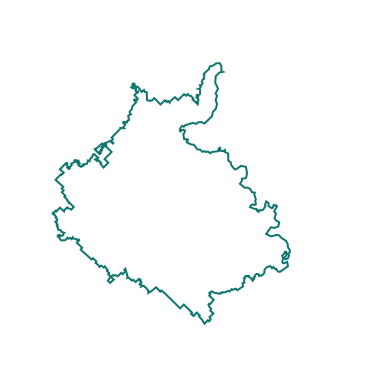 the district of Goulburn Mulwaree, New South Wales, Australia, rotated 305°
{"feature_id": "25037944B47240806764449", "entity_name": "Goulburn Mulwaree", "entity_type": "district", "adm_level": 2, "iso_a3": "AUS", "parent_name": "Australia", "parent_adm1": "New South Wales", "projection": "albers", "projection_center": [149.879, -34.902], "detail": "fine", "context": "isolated", "style": "outline", "palette": "teal", "viewbox_px": 384, "rotation_deg": 305, "n_neighbors": 0, "source": "geoboundaries", "source_scale": "gbopen_adm2", "svg_char_len": 5899}
<svg xmlns="http://www.w3.org/2000/svg" viewBox="0 0 384 384"><g transform="rotate(305 192 192)"><path d="M243.0,82.3L242.8,83.6L244.8,86.8L242.5,87.8L242.5,89.1L243.5,90.1L242.4,90.6L240.6,89.5L238.3,89.4L237.5,93.9L236.0,94.3L235.0,91.9L234.1,91.8L233.6,94.8L228.2,94.0L225.3,95.2L222.2,94.8L221.1,95.5L220.7,97.4L217.9,96.0L214.8,99.1L213.3,98.2L211.8,98.8L210.0,95.6L209.1,96.1L209.1,98.6L205.3,98.7L205.2,99.5L203.4,96.5L202.7,97.0L190.4,95.0L190.1,96.9L187.4,96.5L187.0,99.5L186.3,99.4L186.9,95.6L182.6,93.2L181.5,94.4L181.8,92.5L180.6,92.3L180.1,90.5L172.5,88.7L172.3,88.2L171.8,87.8L171.6,87.8L172.1,88.8L171.0,88.7L170.0,94.7L171.7,95.0L172.1,93.3L174.3,94.3L174.3,93.0L177.3,93.8L176.9,92.3L179.3,92.4L179.4,93.5L180.1,93.7L178.7,103.2L168.8,101.5L168.0,106.6L161.3,105.5L162.9,100.4L163.9,100.6L164.4,97.0L163.0,96.9L163.1,94.0L166.2,95.5L167.0,90.1L165.5,89.3L163.9,90.2L160.5,89.6L158.5,90.5L158.1,88.7L155.0,89.8L152.1,87.0L151.7,88.0L149.6,87.2L149.7,86.2L148.8,86.0L148.9,83.4L150.8,83.6L150.5,82.8L151.6,82.6L151.8,81.5L150.2,81.2L150.4,80.3L152.3,80.6L151.0,77.8L150.1,77.7L149.9,79.1L146.3,77.0L145.4,77.1L145.0,78.1L141.5,77.5L141.4,78.2L140.2,78.0L140.6,75.5L141.8,75.7L142.3,73.6L143.7,73.8L143.9,72.4L134.8,70.8L134.3,75.8L131.0,75.3L131.1,74.4L123.7,73.2L122.4,83.6L120.1,83.3L119.7,85.9L117.2,85.5L116.2,90.5L114.8,90.3L114.4,93.5L113.1,95.5L113.4,96.6L112.3,97.5L112.8,98.2L111.9,103.8L108.3,103.2L108.5,102.0L107.5,100.0L107.9,98.6L104.0,97.8L102.7,98.3L103.5,92.9L98.3,92.1L98.6,91.1L94.7,90.0L94.2,91.0L95.0,91.9L94.2,92.7L93.8,95.1L92.6,95.4L92.4,97.2L91.1,97.8L89.3,97.1L89.2,98.7L88.2,99.2L88.4,100.3L87.4,101.0L86.2,100.3L86.8,100.9L86.5,102.3L85.8,102.1L84.3,104.1L85.5,106.0L84.5,107.7L85.3,110.8L84.0,110.5L82.9,111.3L80.5,109.7L81.1,108.1L79.7,107.1L78.6,107.4L78.6,109.2L77.4,111.7L77.6,113.1L79.9,115.9L83.1,116.1L82.9,117.7L84.7,118.8L84.4,120.5L86.5,120.4L85.9,121.3L87.1,124.5L86.6,125.5L88.2,126.6L87.8,127.3L84.4,126.8L83.3,134.1L81.0,133.8L79.1,148.5L81.0,148.9L80.3,153.6L78.5,153.8L78.6,156.2L77.5,159.2L79.5,159.6L79.6,163.0L81.1,163.2L79.6,167.7L78.6,167.6L78.0,170.9L76.4,170.6L75.9,173.8L71.0,174.0L70.6,177.1L75.5,178.2L75.8,174.3L78.3,174.7L78.4,175.6L80.0,176.9L80.3,179.5L85.2,180.4L84.9,182.3L89.1,183.0L89.4,181.2L90.9,181.4L86.9,186.5L84.5,188.4L85.5,188.9L85.0,193.7L86.4,194.0L85.9,197.4L90.5,198.4L90.5,199.8L90.4,200.5L89.3,200.3L89.0,202.5L86.4,202.0L86.3,202.7L87.0,202.8L86.6,204.7L85.6,204.8L87.4,206.1L87.1,209.2L86.1,212.6L84.4,214.0L86.0,214.2L86.0,215.2L93.4,217.2L92.2,223.1L93.8,223.4L93.3,228.8L89.9,249.0L95.1,249.9L93.2,261.3L91.7,261.0L91.3,263.5L91.9,263.6L91.6,264.5L96.0,265.1L95.3,269.1L94.2,268.9L93.1,273.7L91.2,277.8L96.1,278.6L95.8,280.1L97.1,280.3L98.6,280.3L99.6,278.1L104.8,279.2L105.3,275.1L107.2,274.7L107.8,272.2L109.3,269.9L110.3,270.1L110.6,271.2L116.1,271.6L117.0,265.5L118.8,265.8L119.2,264.1L122.0,265.1L122.2,267.8L124.3,272.7L125.1,272.8L125.4,274.0L127.4,274.2L127.5,275.2L129.5,277.2L131.4,277.8L132.1,279.9L135.2,280.3L135.1,281.3L138.0,283.5L137.5,285.4L144.0,288.0L146.2,285.7L147.8,286.9L148.1,286.0L150.3,285.3L151.1,283.9L152.8,284.7L153.8,284.0L155.8,286.6L155.0,286.9L155.4,290.3L154.7,290.9L155.3,291.2L154.3,292.6L156.6,292.7L157.9,291.6L158.9,292.2L160.5,291.4L162.2,292.1L162.9,294.1L161.7,294.9L163.0,296.6L165.3,297.6L167.5,297.6L169.8,296.0L173.3,296.3L176.3,298.8L175.4,301.3L177.3,301.7L176.6,304.5L177.3,304.9L176.2,307.7L177.0,309.8L186.2,313.2L189.3,310.1L186.4,308.2L185.9,307.2L186.5,306.0L190.0,304.7L191.5,302.4L194.4,302.9L196.2,302.4L197.0,303.4L195.3,305.4L190.6,305.6L190.6,307.4L192.7,308.6L195.7,307.9L196.6,306.0L198.9,306.8L200.6,305.2L202.0,301.9L203.8,300.8L205.9,297.2L205.7,291.3L206.4,288.5L206.0,286.6L200.9,282.1L200.2,276.8L208.4,276.9L210.0,280.3L213.3,282.4L217.2,280.9L216.9,276.7L218.3,274.3L222.4,273.3L223.3,270.4L228.9,269.9L229.4,268.1L228.2,267.5L228.1,266.4L225.1,267.1L224.4,266.2L224.6,262.4L226.8,261.2L226.9,258.2L223.4,259.2L222.5,260.2L218.6,260.5L216.9,259.5L216.2,257.8L213.9,258.0L213.9,255.9L214.8,255.7L215.0,254.3L213.9,252.6L213.0,248.1L215.5,248.0L216.7,248.8L217.2,250.7L218.5,251.4L221.1,248.8L222.6,248.5L225.8,244.4L227.5,243.8L226.2,241.1L227.6,238.6L227.7,236.3L227.3,234.6L225.7,232.8L226.2,226.5L229.5,226.6L231.5,225.3L234.0,227.9L235.1,228.0L239.2,226.2L243.5,221.7L241.5,217.2L236.0,215.1L235.0,213.9L236.5,208.9L238.5,206.7L238.5,203.7L244.2,199.7L243.7,196.0L245.2,194.9L243.4,194.2L242.2,191.8L244.2,189.5L242.7,188.9L240.7,190.3L235.9,185.1L234.2,184.9L234.3,181.8L232.6,180.2L232.4,178.4L230.9,177.5L231.3,174.5L230.0,171.9L231.8,166.4L230.6,164.3L229.6,159.8L230.3,158.6L231.6,159.1L232.7,158.4L230.8,155.2L234.4,151.8L237.5,151.6L238.4,150.5L238.3,149.5L237.1,148.3L235.0,147.9L235.2,146.9L237.7,145.8L240.4,146.0L240.8,147.8L242.5,148.0L249.1,153.0L250.2,156.4L252.0,156.7L253.7,158.2L254.7,159.7L255.2,162.9L265.3,164.9L269.5,163.2L274.0,163.8L278.4,162.0L280.8,158.7L285.3,157.3L286.1,154.9L291.6,154.0L294.9,148.3L300.5,145.0L305.5,145.9L308.1,148.3L307.8,146.8L312.1,143.7L313.4,140.8L311.2,138.0L308.0,136.9L305.0,134.5L302.4,135.4L295.1,133.7L295.7,134.1L294.8,134.3L294.8,135.3L292.2,136.2L291.8,137.0L290.0,136.2L288.0,136.7L287.4,138.2L285.5,138.4L283.9,137.2L283.4,138.8L281.2,139.0L280.3,138.3L280.7,139.4L280.0,140.4L276.7,142.4L275.2,141.8L274.1,140.3L273.5,140.8L273.7,141.5L272.8,141.4L273.3,142.3L271.8,142.4L271.9,143.7L270.4,144.9L269.3,144.3L268.2,146.1L267.1,146.4L268.2,139.4L269.2,139.6L270.1,136.5L269.4,134.8L269.8,132.4L267.4,131.9L267.6,129.4L259.3,127.9L259.9,123.6L253.4,122.0L252.4,122.5L252.8,120.4L251.7,120.2L252.0,118.5L251.0,118.3L251.3,117.1L245.6,116.0L247.3,107.3L244.4,106.8L242.5,105.3L241.5,102.5L247.7,97.7L246.9,95.8L248.0,94.1L245.0,93.3L247.1,87.8L245.9,84.2L247.5,83.1L247.1,81.5L245.5,81.6L244.5,83.8L243.0,82.3Z" fill="none" stroke="#0f766e" stroke-width="2"/></g></svg>